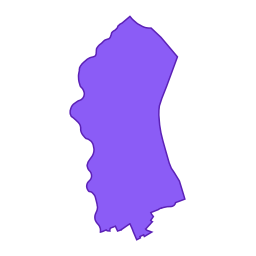 the district of Moerdijk, Noord-Brabant, Netherlands, rotated 91°
{"feature_id": "6326949B29665837615412", "entity_name": "Moerdijk", "entity_type": "district", "adm_level": 2, "iso_a3": "NLD", "parent_name": "Netherlands", "parent_adm1": "Noord-Brabant", "projection": "mercator", "projection_center": [4.556, 51.663], "detail": "fine", "context": "isolated", "style": "filled", "palette": "violet", "viewbox_px": 256, "rotation_deg": 91, "n_neighbors": 0, "source": "geoboundaries", "source_scale": "gbopen_adm2", "svg_char_len": 5574}
<svg xmlns="http://www.w3.org/2000/svg" viewBox="0 0 256 256"><g transform="rotate(91 128 128)"><path d="M192.7,71.6L180.1,75.7L171.9,80.9L167.5,84.0L162.3,86.2L150.2,89.9L140.2,92.9L132.2,95.0L124.5,96.4L114.6,97.4L109.6,97.4L105.3,97.0L97.8,94.7L85.5,90.1L56.0,79.8L36.8,96.6L27.7,106.6L27.7,108.0L27.7,109.5L27.5,110.9L27.3,112.3L26.9,113.6L26.4,114.9L25.8,116.2L25.1,117.4L24.5,118.6L23.8,119.9L23.0,121.1L20.3,124.3L19.4,125.3L18.4,126.3L17.4,127.1L16.4,128.0L23.2,135.8L24.4,137.9L24.7,138.2L25.1,138.5L25.4,138.9L25.7,139.4L26.0,139.6L26.5,139.9L27.2,140.1L28.1,140.5L28.5,140.8L28.9,141.2L29.4,141.6L29.7,142.0L30.5,142.8L30.7,143.1L30.8,143.3L31.3,144.2L31.8,144.8L32.4,145.4L33.0,145.9L33.4,146.1L34.5,146.3L35.2,146.4L35.5,146.6L37.6,147.3L38.4,147.9L38.5,148.0L38.8,148.3L38.9,148.5L39.0,148.6L39.2,148.8L39.4,149.7L40.4,152.4L40.8,153.0L41.7,154.0L42.2,154.4L42.4,154.7L43.1,155.3L43.5,155.7L43.7,156.0L44.0,156.2L44.4,156.8L45.3,157.9L46.1,158.7L46.6,159.1L47.1,159.5L47.7,159.9L48.1,160.2L48.6,160.5L49.5,160.9L50.1,160.9L50.6,161.0L51.1,161.0L51.8,161.0L53.1,161.1L54.2,161.1L55.0,161.3L55.5,161.5L55.8,161.6L56.2,161.8L56.6,162.2L56.9,162.6L57.2,163.3L57.8,165.1L57.9,165.6L57.9,165.8L58.2,166.7L58.4,167.2L58.5,167.5L58.8,168.0L59.3,168.9L60.0,170.0L62.4,172.7L63.2,173.6L63.8,174.2L64.1,174.4L64.7,175.1L65.0,175.3L65.5,175.6L66.3,176.2L66.7,176.5L67.3,176.8L68.3,177.3L68.8,177.5L69.2,177.5L70.4,177.7L70.8,177.6L71.8,177.7L73.3,178.0L75.1,178.3L76.1,178.4L77.0,178.4L77.4,178.4L78.9,178.3L80.4,178.2L82.1,177.9L83.0,177.7L83.6,177.5L85.3,177.0L86.2,176.7L86.7,176.6L87.1,176.3L87.5,176.1L87.8,175.8L88.3,175.3L89.0,174.6L89.6,174.1L90.1,173.8L91.1,173.2L91.3,173.2L91.9,172.9L92.5,172.7L93.1,172.5L93.5,172.4L94.2,172.3L94.7,172.3L95.1,172.3L95.6,172.4L96.2,172.5L96.7,172.6L97.4,172.8L98.2,173.3L98.6,173.5L99.3,174.0L99.8,174.6L100.2,174.9L100.6,175.5L100.8,176.0L101.1,176.4L101.3,177.1L101.6,177.9L102.0,178.7L102.1,178.8L102.5,179.4L104.7,182.4L105.2,183.0L106.0,183.7L106.6,184.2L107.0,184.4L107.5,184.7L108.3,185.1L109.0,185.3L110.1,185.7L111.0,185.9L111.6,186.1L114.0,186.1L114.6,186.0L114.9,186.0L115.4,185.8L115.6,185.7L115.9,185.5L116.9,185.2L117.2,185.0L117.4,184.8L117.6,184.6L117.8,184.4L117.9,184.1L118.1,183.8L118.4,183.4L119.0,182.6L119.5,182.0L119.9,181.6L120.6,180.7L122.1,179.1L123.3,177.8L123.7,177.5L124.3,177.0L124.8,176.6L125.5,176.2L125.8,176.1L126.3,175.8L127.1,175.6L127.7,175.5L128.5,175.3L130.4,175.3L131.2,175.2L131.7,175.1L132.7,174.8L133.4,174.5L134.4,174.0L135.2,173.5L135.5,173.2L135.9,173.0L136.6,172.4L137.2,171.8L137.4,171.7L138.0,171.2L138.8,170.3L139.1,170.0L139.2,169.8L139.3,169.7L139.5,168.7L139.8,167.8L140.0,167.4L140.6,166.4L141.4,165.3L141.7,164.8L142.3,164.3L142.6,164.0L143.3,163.6L143.9,163.2L144.4,162.9L145.1,162.7L145.7,162.5L145.8,162.4L146.2,162.3L147.0,162.2L148.8,161.8L149.4,161.7L150.5,161.6L151.4,161.7L152.0,161.7L153.0,161.9L153.8,162.1L154.5,162.3L155.0,162.5L155.4,162.7L156.0,162.9L156.7,163.3L157.3,163.7L159.9,165.5L160.1,165.6L160.5,165.9L161.6,166.6L162.2,167.0L162.8,167.3L163.3,167.5L164.8,167.9L165.2,168.0L165.4,168.1L165.8,168.2L166.1,168.2L166.5,168.2L166.9,168.1L168.3,167.7L168.7,167.6L169.1,167.4L169.9,167.0L170.3,166.8L171.0,166.2L171.7,165.5L172.3,165.0L173.2,164.4L174.2,164.0L175.3,163.7L176.4,163.6L177.3,163.6L178.2,163.8L179.2,164.1L179.9,164.5L180.9,165.2L181.5,165.8L181.9,166.2L182.3,166.5L182.9,167.1L183.6,167.5L184.1,167.7L184.5,167.9L184.8,168.0L185.4,168.1L185.7,168.2L186.7,168.3L187.3,168.3L187.9,168.2L189.4,167.8L189.7,167.6L190.3,167.3L190.7,167.0L191.0,166.9L191.5,166.5L191.7,166.3L192.1,165.9L192.2,165.4L192.5,163.9L192.6,163.6L193.0,163.0L193.1,162.8L193.5,162.4L193.8,162.1L194.0,161.9L195.1,160.9L195.6,160.5L196.1,160.2L196.8,159.8L197.3,159.6L198.0,159.4L199.8,158.9L202.0,158.3L204.7,157.6L205.6,157.5L207.0,157.2L207.9,157.1L208.4,157.1L208.9,157.2L209.7,157.3L210.0,157.3L210.6,157.5L211.3,157.7L211.8,157.9L214.2,158.9L214.7,159.1L215.5,159.3L216.3,159.5L216.9,159.5L217.4,159.6L217.9,159.6L218.4,159.5L218.9,159.5L219.5,159.4L220.0,159.3L220.9,159.0L221.5,158.7L222.2,158.3L223.0,157.8L224.0,157.0L225.1,156.0L225.7,155.5L226.1,155.2L226.8,154.8L227.5,154.5L228.2,154.2L229.1,153.9L230.0,153.8L231.5,153.7L232.1,153.8L232.6,153.8L232.6,153.7L231.8,151.3L230.9,149.4L230.6,148.7L230.5,148.4L230.3,148.0L231.1,147.1L231.2,146.3L231.3,144.3L230.8,144.4L230.5,144.4L229.9,144.3L229.6,144.3L229.1,144.1L228.5,143.9L227.6,141.9L227.5,141.7L227.5,141.4L226.9,140.2L226.4,138.9L230.0,137.2L231.2,136.6L230.0,133.1L230.0,132.9L229.9,132.9L229.6,132.8L229.6,132.7L227.3,129.5L227.0,129.1L226.8,128.8L226.7,128.7L224.0,124.9L223.7,124.5L223.7,124.4L228.2,122.3L229.8,121.6L230.9,121.2L232.3,120.6L233.4,120.1L235.0,119.4L236.1,118.9L237.7,118.2L239.6,117.3L237.6,113.7L236.3,114.2L234.6,110.5L236.2,109.8L235.5,108.6L234.1,106.4L231.6,102.4L230.9,104.4L230.1,106.9L230.0,107.0L229.5,107.9L228.7,108.6L228.5,108.3L228.2,108.1L224.4,104.8L224.4,104.7L222.6,103.2L222.1,102.8L221.3,102.0L221.1,102.4L220.0,103.7L216.1,101.1L213.7,103.0L212.3,103.6L212.1,103.7L211.9,103.1L211.2,101.4L209.4,97.1L209.0,96.2L208.4,95.4L208.3,95.1L208.1,94.9L208.0,94.7L207.9,94.5L207.3,93.0L207.5,92.9L207.1,91.9L206.8,91.0L206.4,89.2L206.0,87.4L205.9,85.7L205.8,83.7L205.7,83.5L205.7,83.2L205.7,82.9L205.6,82.6L205.4,82.1L205.2,81.7L204.7,80.9L204.5,80.7L204.4,80.5L204.0,80.2L203.6,79.9L203.4,79.7L203.0,79.6L202.4,79.3L201.8,79.2L201.4,78.2L201.1,77.6L201.0,77.2L199.9,74.4L198.1,69.9L197.8,70.0L192.7,71.6Z" fill="#8b5cf6" stroke="#5b21b6" stroke-width="1.5"/></g></svg>